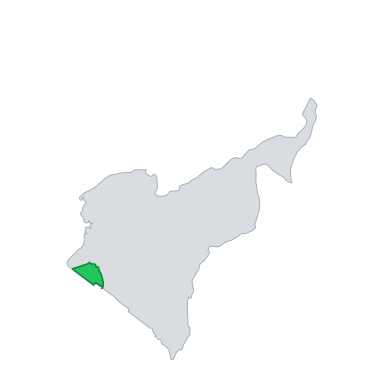 Vallee-du-Ntem, Sud, Cameroon (highlighted), rotated 37°
{"feature_id": "32672807B18543980764744", "entity_name": "Vallee-du-Ntem", "entity_type": "district", "adm_level": 2, "iso_a3": "CMR", "parent_name": "Cameroon", "parent_adm1": "Sud", "projection": "robinson", "projection_center": [11.172, 2.512], "detail": "fine", "context": "in_parent", "style": "filled", "palette": "green", "viewbox_px": 384, "rotation_deg": 37, "n_neighbors": 0, "source": "geoboundaries", "source_scale": "gbopen_adm2", "svg_char_len": 5364}
<svg xmlns="http://www.w3.org/2000/svg" viewBox="0 0 384 384"><g transform="rotate(37 192 192)"><path d="M105.9,259.3L106.6,257.3L111.5,247.9L114.5,233.0L115.9,229.5L117.3,227.1L124.4,219.1L127.1,216.6L130.9,213.7L133.6,207.8L134.6,207.2L135.8,206.7L141.9,201.8L142.4,202.7L142.8,203.9L143.3,204.5L145.2,204.8L148.0,204.8L149.5,204.5L150.4,203.5L151.2,200.7L151.7,200.2L152.3,200.1L155.3,202.0L160.2,207.4L161.4,208.4L162.0,209.4L163.0,214.4L163.6,215.6L164.7,216.1L166.6,215.8L168.6,214.9L170.3,213.6L172.0,212.0L173.2,210.5L173.7,209.5L174.0,205.4L174.3,204.5L180.7,198.7L180.5,198.1L179.5,196.5L178.6,194.7L179.5,192.8L180.5,191.4L184.2,186.6L184.4,183.0L187.3,177.5L189.0,170.2L189.1,168.8L192.9,160.7L197.0,160.0L198.5,158.9L200.3,156.9L201.5,155.0L202.0,153.3L202.4,149.9L203.1,146.0L203.6,142.6L204.8,139.4L206.8,137.8L210.3,136.5L210.9,135.9L211.4,133.8L211.9,126.9L212.4,123.8L215.7,120.3L217.1,114.9L218.4,109.2L222.1,102.3L226.4,95.5L228.4,93.6L230.1,92.8L232.1,92.7L233.4,92.2L238.0,88.8L240.0,87.6L241.4,86.4L241.8,85.4L241.9,83.9L241.4,80.4L242.2,77.8L242.7,73.7L242.9,70.6L242.7,69.5L241.8,67.7L240.4,65.7L238.1,64.6L234.9,64.2L233.2,63.5L232.6,59.9L232.3,57.7L230.1,45.7L234.2,45.7L239.1,47.2L240.3,48.3L241.0,52.3L242.7,54.7L245.9,56.6L247.8,60.5L248.6,66.5L250.3,70.0L250.7,70.6L253.1,77.4L253.3,80.5L253.1,82.6L254.1,85.2L252.6,89.6L252.2,92.3L252.0,96.1L252.9,102.9L254.4,108.1L256.0,112.3L257.7,115.5L260.5,119.1L263.5,122.4L266.3,124.5L263.7,125.7L258.7,125.9L255.8,125.2L254.5,125.1L253.1,125.6L247.8,126.2L242.4,125.9L237.4,125.1L234.4,125.2L232.1,127.2L230.2,130.2L228.4,132.6L229.0,135.3L230.4,136.7L233.0,139.9L235.3,143.1L236.5,145.1L241.1,149.7L245.5,153.8L247.6,155.2L248.4,155.5L250.8,157.9L254.2,161.7L257.3,167.8L261.6,179.8L262.5,180.8L264.0,181.5L264.2,182.7L264.1,184.6L263.6,186.2L260.2,192.5L257.2,194.9L256.3,196.4L255.2,200.1L252.4,207.2L251.3,208.2L248.5,213.1L246.3,219.2L245.8,220.2L244.9,220.9L241.7,222.4L240.7,223.2L239.0,225.1L238.8,226.3L239.6,228.1L240.5,229.5L242.1,229.5L243.0,230.8L243.1,240.3L242.3,241.7L242.3,242.4L242.0,244.0L241.9,245.8L242.1,246.5L242.7,247.1L243.6,248.4L244.1,251.3L245.2,261.6L245.7,263.2L246.6,264.3L249.4,266.6L252.3,269.5L253.2,271.3L253.8,274.5L254.9,276.9L254.9,277.7L254.4,278.0L252.6,278.2L253.2,280.0L254.7,283.1L262.2,292.6L269.4,301.1L271.0,301.7L272.3,301.9L272.8,302.4L273.5,303.6L275.9,306.7L276.3,308.4L275.8,310.1L276.4,312.8L276.8,313.7L276.6,314.6L276.9,317.8L277.6,320.6L278.6,323.0L278.5,324.7L277.1,325.7L276.3,327.2L276.1,329.4L276.5,332.1L277.5,335.2L277.6,337.1L275.8,338.3L273.9,336.1L271.8,334.7L268.6,332.2L265.4,331.2L261.3,331.1L259.5,331.4L256.4,329.3L255.5,329.1L254.1,329.9L253.1,330.0L252.0,329.6L249.6,329.7L249.4,328.2L249.0,327.9L246.5,328.0L245.7,326.8L245.3,327.0L244.3,326.6L242.3,324.9L240.1,326.0L235.7,325.9L213.2,325.8L212.6,324.2L211.5,323.4L209.5,323.3L203.5,323.6L198.9,323.4L195.9,322.8L192.1,322.4L187.3,322.7L182.5,322.7L173.9,322.2L169.1,322.3L169.2,323.3L168.9,324.0L168.7,325.7L138.1,325.7L135.6,324.5L134.9,323.8L134.6,322.3L134.1,322.2L134.5,316.1L135.6,311.1L136.0,306.5L137.4,302.3L136.6,298.2L135.8,296.4L131.2,290.5L133.3,288.3L130.5,288.6L129.9,286.4L128.5,283.8L129.4,283.4L130.2,282.0L132.7,282.4L132.6,281.7L130.4,279.5L130.6,278.4L131.5,277.2L131.1,276.7L129.5,278.0L128.4,277.9L127.5,277.1L126.9,277.0L127.3,278.6L126.4,280.1L125.6,280.7L124.1,280.6L123.0,280.2L122.7,279.4L121.6,278.7L118.5,277.6L115.9,276.3L115.4,272.7L114.4,271.2L114.0,269.5L113.7,267.5L114.1,264.4L113.4,264.0L112.7,263.8L111.6,263.9L110.6,263.8L109.3,262.1L108.3,261.4L108.9,264.5L108.2,265.4L106.3,265.2L105.5,264.0L105.4,263.1L106.2,259.4L105.9,259.3Z" fill="#d9dde1" stroke="#a8b0b8" stroke-width="1"/><path d="M156.5,308.9L155.8,309.4L154.6,310.1L153.5,309.9L152.5,309.8L152.5,310.2L152.0,311.8L151.3,313.0L149.4,315.6L148.2,317.5L147.7,317.9L147.5,318.3L147.0,319.0L146.9,319.1L146.1,320.8L144.8,322.2L144.7,322.4L144.2,323.1L143.2,324.3L143.1,324.5L143.0,325.3L143.0,325.5L144.2,325.5L145.1,325.5L145.4,325.5L146.0,325.5L147.0,325.5L147.4,325.5L147.8,325.5L149.9,325.5L150.4,325.5L152.1,325.5L152.8,325.5L153.0,325.5L153.7,325.5L155.6,325.5L158.5,325.5L158.9,325.5L160.4,325.5L161.3,325.5L162.1,325.5L164.1,325.5L165.0,325.5L165.4,325.2L165.5,325.2L165.8,325.3L166.4,325.5L166.9,325.5L168.8,325.5L169.3,325.5L169.2,325.4L169.2,325.2L169.3,324.9L169.2,324.7L169.3,324.6L169.2,324.4L169.3,324.3L169.2,324.2L169.3,324.0L169.4,323.7L169.5,323.6L169.8,323.3L169.8,323.2L169.7,323.2L169.8,323.0L169.8,322.9L169.7,322.9L169.7,322.7L169.7,322.3L169.9,322.3L170.1,322.2L170.6,322.4L170.8,322.4L171.0,322.3L171.0,322.2L171.2,322.3L171.3,322.5L171.5,322.5L171.6,322.4L171.4,322.2L171.6,322.2L172.0,322.2L172.2,322.4L172.4,322.3L172.6,322.2L172.8,322.2L173.0,322.2L173.2,322.3L173.3,322.3L173.6,322.3L173.7,322.2L173.8,322.0L174.1,322.0L174.3,322.0L174.5,322.0L174.9,322.1L175.0,322.3L175.4,322.1L175.7,322.1L175.8,322.1L176.0,321.9L176.3,321.7L176.4,321.8L176.5,321.8L176.8,321.8L177.0,321.7L177.2,322.0L177.3,322.1L177.6,322.2L177.8,322.4L178.0,322.3L178.1,322.5L178.2,322.8L178.2,323.0L178.3,322.9L178.2,322.3L177.8,320.6L176.3,318.5L173.9,316.1L169.2,312.4L165.6,310.8L163.2,308.9L162.0,308.4L161.4,308.7L160.9,309.6L160.1,309.5L159.3,308.4L158.0,308.1L157.2,308.3L156.9,308.8L156.5,308.9Z" fill="#22c55e" stroke="#15803d" stroke-width="1.5"/></g></svg>